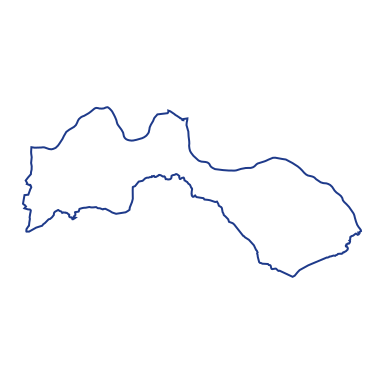 outline of Kaplavas pag., Kraslavas, Latvia
{"feature_id": "27541924B33567363876406", "entity_name": "Kaplavas pag.", "entity_type": "district", "adm_level": 2, "iso_a3": "LVA", "parent_name": "Latvia", "parent_adm1": "Kraslavas", "projection": "mercator", "projection_center": [27.187, 55.84], "detail": "fine", "context": "isolated", "style": "outline", "palette": "blue", "viewbox_px": 384, "rotation_deg": 0, "n_neighbors": 0, "source": "geoboundaries", "source_scale": "gbopen_adm2", "svg_char_len": 5925}
<svg xmlns="http://www.w3.org/2000/svg" viewBox="0 0 384 384"><path d="M268.5,159.6L266.2,160.7L264.7,161.3L257.7,163.5L256.5,164.3L254.5,166.3L252.9,167.3L250.8,167.9L245.8,168.0L241.0,168.9L236.2,170.4L234.4,170.6L228.4,170.5L223.0,170.1L215.0,169.1L212.6,167.9L211.3,167.0L210.4,166.0L209.5,164.3L209.1,163.7L208.0,162.8L207.2,162.4L205.6,162.0L201.4,161.6L199.1,160.8L198.3,160.3L193.4,155.8L191.1,152.8L190.2,151.2L189.9,150.4L189.4,148.3L189.1,145.8L189.3,143.5L189.2,141.2L188.6,136.4L188.3,131.3L187.9,130.2L187.7,129.4L186.5,125.1L186.7,122.6L187.3,119.7L187.4,118.4L183.1,119.1L183.3,120.2L182.4,120.1L182.2,119.3L180.4,118.1L180.1,118.1L180.0,117.9L176.7,115.7L176.1,115.4L174.9,114.6L174.7,114.3L170.3,111.3L168.3,110.6L168.4,111.8L168.2,112.2L168.0,112.7L167.5,113.2L157.4,114.4L156.5,115.5L155.3,116.8L154.2,118.2L153.1,121.0L150.9,124.7L149.7,127.4L149.4,129.4L148.7,132.5L147.7,134.0L146.3,135.7L144.2,137.2L142.1,138.2L136.5,139.8L133.2,140.5L131.5,140.6L129.2,140.3L127.4,139.8L125.9,139.0L124.7,137.8L123.9,136.3L123.1,132.6L121.4,129.6L118.8,126.1L117.6,124.4L117.0,122.8L116.3,120.0L115.0,116.9L113.8,114.5L112.1,111.4L111.2,110.3L109.7,108.7L108.2,107.5L107.4,107.2L105.9,107.5L103.8,108.4L101.8,108.6L99.4,108.5L98.0,108.1L96.1,107.9L94.6,108.5L90.6,111.8L88.7,113.2L84.2,115.8L82.3,116.5L80.9,117.3L78.9,119.1L77.9,120.8L77.1,122.8L75.9,125.1L74.0,126.9L69.4,129.6L66.3,131.9L63.9,136.0L62.5,138.9L59.5,143.5L58.0,145.6L55.6,147.9L53.2,148.9L51.4,149.3L49.0,149.0L44.4,147.4L42.9,147.3L41.3,147.5L34.7,147.7L31.4,147.2L31.1,151.9L31.2,153.7L31.7,157.2L31.1,163.0L31.7,166.2L31.6,169.6L31.0,172.2L30.9,174.2L28.1,177.4L25.7,180.5L27.2,183.2L26.9,183.8L26.8,184.0L29.5,185.1L29.9,184.8L30.3,184.9L30.5,185.8L30.9,186.0L31.0,186.5L31.3,187.2L30.7,188.6L30.2,189.3L29.9,190.4L28.3,194.7L24.5,195.1L23.0,203.7L23.5,204.3L24.8,205.1L26.0,206.5L24.4,208.3L28.0,209.4L29.9,209.5L30.7,210.2L30.8,210.5L30.6,211.8L30.2,213.6L29.6,217.4L29.9,218.9L29.3,222.5L29.0,225.5L28.9,225.5L26.5,229.1L26.3,231.2L26.5,231.6L29.1,231.6L36.2,227.6L42.2,225.7L43.2,224.3L45.0,223.0L48.6,219.3L50.0,219.0L52.0,217.3L53.8,215.0L54.0,213.1L54.6,212.1L55.2,211.6L58.1,210.0L58.3,210.0L59.5,210.9L61.4,211.6L62.2,212.9L63.4,212.4L64.0,212.6L65.2,212.5L65.6,212.8L66.1,212.9L66.7,212.8L67.8,213.6L68.3,214.2L69.2,214.6L69.2,215.3L69.1,216.0L69.4,216.8L69.9,217.2L70.5,217.4L71.2,217.3L72.3,218.5L72.4,219.2L72.9,219.3L73.9,218.7L74.4,218.5L75.5,217.7L73.7,217.3L73.5,217.1L73.8,216.5L75.3,215.1L75.4,213.8L75.0,212.3L75.2,212.1L78.2,211.7L78.7,211.5L79.5,208.9L82.2,208.1L83.8,207.8L85.8,207.7L89.3,207.0L91.1,207.4L93.0,207.4L96.1,207.1L97.9,208.2L99.9,208.3L102.9,209.4L103.4,209.0L105.4,208.8L110.0,211.1L112.2,212.5L116.1,213.8L125.6,212.3L127.7,211.1L129.5,209.8L129.8,207.5L132.0,202.0L132.8,198.8L132.7,190.2L132.8,187.1L133.0,186.9L135.1,186.1L138.7,181.6L142.6,180.8L145.2,178.4L146.5,177.8L147.0,177.7L148.5,177.7L149.6,177.2L150.2,177.1L151.5,177.1L151.8,177.0L151.8,176.4L151.9,176.2L152.4,176.3L153.0,176.1L154.0,175.9L154.2,176.1L154.3,176.7L154.5,176.9L154.9,176.9L155.8,177.0L158.2,175.7L158.4,175.4L158.6,175.4L158.9,175.0L159.2,174.9L160.7,175.2L162.8,176.5L163.2,176.6L164.1,176.3L164.4,176.4L165.2,177.3L165.5,178.7L165.7,179.1L166.8,179.1L167.5,179.4L168.1,179.4L168.9,179.5L169.3,179.3L170.4,179.1L170.9,178.6L171.4,177.8L171.5,176.0L171.9,175.6L173.0,175.1L174.2,174.9L175.1,174.6L175.9,174.1L176.5,174.1L177.5,174.6L179.3,176.0L179.2,177.2L179.8,178.9L180.4,179.0L182.0,177.9L183.6,177.6L183.8,177.8L183.8,178.1L184.2,178.7L184.5,180.4L185.2,180.7L186.4,181.6L187.2,182.0L188.4,183.7L189.3,184.3L190.0,184.9L190.7,186.4L191.1,187.5L191.5,187.9L191.8,188.6L192.0,188.6L192.1,189.0L192.1,189.3L191.7,191.6L191.6,193.4L191.5,193.9L191.8,194.3L191.8,195.6L192.7,196.7L193.0,196.8L193.8,196.7L194.2,196.1L194.8,195.8L195.1,195.5L196.4,197.0L196.6,197.1L203.5,198.2L204.4,199.5L208.1,199.9L210.2,200.3L215.2,202.0L217.0,201.6L218.4,204.1L218.8,205.7L221.3,207.2L221.9,208.2L222.6,212.1L223.4,213.5L223.8,215.0L225.6,216.6L228.2,219.3L229.0,221.8L232.7,223.2L234.2,224.5L241.7,234.0L243.2,235.9L243.5,235.9L244.2,236.4L244.8,237.2L248.9,239.8L253.9,245.3L256.1,250.0L256.7,250.5L257.5,252.2L257.6,252.5L257.2,253.1L257.1,253.7L257.5,254.5L257.8,256.9L259.0,261.5L259.1,262.0L260.0,262.9L261.2,263.1L262.4,263.7L267.9,264.0L268.8,265.0L270.0,265.1L270.4,265.4L270.6,265.6L271.4,268.6L271.8,269.0L272.4,269.1L275.4,268.6L276.0,268.7L278.4,270.9L278.9,270.9L279.6,270.7L292.6,276.8L294.7,275.7L297.5,272.3L299.6,270.1L308.3,265.3L326.8,257.5L327.4,257.6L328.4,257.3L328.9,257.1L329.4,256.6L330.9,256.4L333.4,255.6L334.0,255.6L335.2,255.8L335.4,255.6L335.7,255.3L336.7,255.0L337.7,254.3L338.0,253.9L340.0,253.7L340.4,253.8L341.2,253.6L341.6,253.8L342.6,253.3L343.0,252.5L343.9,252.1L344.4,252.2L344.9,251.7L346.1,251.1L346.6,250.5L347.6,249.6L347.9,248.2L347.4,247.6L347.4,247.3L346.8,246.7L345.9,246.4L345.8,245.7L346.0,245.3L346.6,245.0L346.5,244.4L347.0,244.2L347.5,243.7L348.1,243.5L348.4,243.7L349.0,243.6L349.5,243.0L349.5,242.6L350.0,242.0L350.1,241.0L349.8,240.5L349.5,240.4L350.2,239.5L350.2,238.1L350.4,237.5L350.3,237.2L350.7,237.0L351.3,236.2L353.2,235.6L355.5,233.8L355.9,233.6L356.2,233.7L357.6,234.8L358.3,234.6L358.8,234.3L358.7,233.8L358.8,233.4L358.6,233.1L358.4,232.6L358.8,232.6L359.1,232.4L359.5,232.6L359.5,232.4L359.8,232.1L359.8,231.8L361.0,231.1L360.8,230.0L360.0,228.8L358.7,227.2L357.2,224.8L356.0,221.6L354.9,217.8L354.3,215.3L353.6,213.6L353.3,213.1L349.0,206.9L346.5,204.2L344.1,201.9L342.9,200.3L342.3,198.1L341.1,196.2L339.3,194.6L336.4,192.5L334.5,190.5L333.3,188.6L332.1,186.8L330.2,185.0L328.3,184.0L326.5,183.4L323.2,183.1L320.7,182.3L316.1,179.2L314.5,177.6L313.3,176.9L311.9,176.4L307.9,175.5L306.1,174.5L304.1,172.7L302.1,170.4L300.0,168.3L297.7,166.4L292.4,163.0L285.8,159.5L282.4,159.0L275.2,157.7L272.9,157.8L268.5,159.6Z" fill="none" stroke="#1e3a8a" stroke-width="2"/></svg>